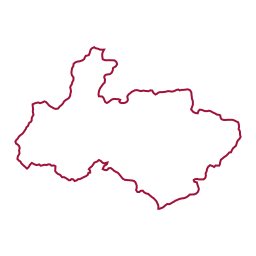 the district of Tarumirim, Minas Gerais, Brazil
{"feature_id": "56859067B24314979756664", "entity_name": "Tarumirim", "entity_type": "district", "adm_level": 2, "iso_a3": "BRA", "parent_name": "Brazil", "parent_adm1": "Minas Gerais", "projection": "mercator", "projection_center": [-41.91, -19.288], "detail": "fine", "context": "isolated", "style": "outline", "palette": "rose", "viewbox_px": 256, "rotation_deg": 0, "n_neighbors": 0, "source": "geoboundaries", "source_scale": "gbopen_adm2", "svg_char_len": 4509}
<svg xmlns="http://www.w3.org/2000/svg" viewBox="0 0 256 256"><path d="M231.0,152.3L231.8,150.4L233.0,148.3L234.6,146.9L235.9,145.8L236.6,143.7L237.1,141.8L238.0,140.3L239.5,138.8L240.6,136.9L240.0,134.4L240.0,132.5L239.7,130.8L238.6,129.1L239.1,126.8L238.8,124.5L238.2,122.3L236.2,121.4L234.5,120.5L232.4,119.8L230.0,119.8L227.5,119.8L225.6,120.0L223.4,119.9L221.5,119.2L220.6,117.6L220.2,115.3L218.5,114.7L216.9,114.6L215.0,113.4L212.7,112.4L211.1,111.4L209.0,110.7L207.4,111.1L204.8,111.1L202.6,110.2L201.2,109.8L199.7,109.7L198.5,111.0L197.7,113.3L195.4,113.0L193.2,111.9L192.1,110.6L191.1,109.4L192.0,107.1L192.9,104.6L192.9,102.9L192.7,100.6L191.9,98.6L191.8,96.9L191.5,94.8L191.3,92.3L190.0,90.2L187.8,89.3L185.6,89.6L183.4,89.9L181.6,89.9L179.7,90.4L178.3,89.5L176.3,90.0L174.2,91.1L171.9,91.6L170.0,91.3L168.1,91.1L166.1,91.6L164.7,91.9L162.5,92.1L160.1,92.1L158.4,92.6L157.1,93.6L155.5,94.5L154.1,93.5L153.0,92.2L152.3,90.6L150.4,90.3L148.6,91.2L145.9,91.0L143.1,90.6L141.0,91.1L139.5,90.8L137.1,90.1L134.9,90.3L133.1,91.2L131.6,91.9L130.4,93.1L128.7,94.3L127.3,96.3L127.6,98.3L127.9,99.8L127.2,101.5L125.4,102.7L123.7,103.0L122.1,103.1L120.3,102.7L119.3,101.6L120.2,99.8L118.3,99.2L116.1,99.1L114.3,98.9L112.3,99.3L110.4,100.6L108.7,101.9L106.9,103.0L105.2,102.0L104.3,99.8L103.7,98.3L102.4,96.6L100.5,96.4L98.9,96.3L98.5,94.5L98.8,92.3L99.2,90.4L100.2,88.1L101.8,85.9L102.9,84.3L104.7,82.5L105.0,79.5L104.2,77.2L104.7,75.6L106.3,74.6L108.2,74.4L110.0,74.1L111.7,72.7L112.7,70.6L113.0,68.1L114.3,67.2L115.9,66.3L117.1,64.2L116.4,62.0L114.6,60.4L112.5,60.3L108.4,60.2L106.7,60.3L104.6,60.1L102.7,59.2L102.3,56.5L102.2,54.7L102.4,53.1L103.2,51.3L104.1,49.6L102.2,49.7L100.0,49.6L98.3,48.8L95.5,48.2L94.2,47.2L92.1,48.2L90.6,49.7L90.2,51.3L89.6,53.3L88.7,55.2L85.7,55.9L84.8,57.5L84.2,59.1L82.7,60.2L81.2,60.8L79.6,61.3L77.4,61.6L75.4,62.3L73.6,63.8L73.3,66.2L72.1,68.1L71.6,71.0L71.4,73.2L72.0,75.3L73.5,77.4L73.4,80.1L72.3,82.2L71.7,84.5L70.7,85.9L70.2,87.4L70.7,89.4L71.0,91.6L70.4,93.6L70.2,95.6L69.1,97.8L67.4,99.1L65.6,100.1L64.0,101.5L63.0,103.4L61.7,104.9L59.9,106.3L58.0,108.6L55.8,108.9L54.1,108.5L52.6,107.6L50.9,106.7L49.1,105.5L47.4,103.5L46.0,102.0L44.3,101.4L42.2,102.5L40.0,103.2L38.4,102.5L36.5,102.8L34.4,103.5L32.6,104.3L32.8,106.9L33.1,109.2L32.8,111.1L33.0,112.9L33.5,114.8L32.4,116.5L31.7,118.4L31.7,120.4L31.0,121.7L29.3,122.8L28.6,124.3L28.0,126.0L26.4,127.3L25.8,129.0L24.7,130.6L23.7,132.2L22.3,133.9L20.5,135.1L18.9,136.6L17.6,138.8L16.2,140.1L15.4,141.7L16.1,143.6L18.0,144.8L19.1,146.1L19.7,147.9L19.1,150.4L19.5,153.4L18.7,155.0L17.9,156.2L17.4,159.0L19.0,160.7L20.4,161.5L21.3,163.3L23.2,165.2L25.0,166.7L27.0,168.6L28.2,167.6L29.1,166.3L30.2,164.5L31.8,162.9L33.2,163.7L35.0,164.6L36.8,165.1L39.1,164.4L40.7,165.7L42.6,165.3L44.7,164.7L46.6,165.1L48.1,164.4L49.9,164.4L51.6,165.7L53.9,165.4L55.5,166.3L55.3,168.7L55.2,171.1L56.4,172.6L58.0,174.0L60.1,174.8L62.1,177.2L64.3,177.2L65.8,178.1L67.3,179.0L68.8,180.2L70.3,180.2L71.4,179.1L73.1,179.3L74.6,181.0L76.7,180.4L78.0,179.2L79.9,179.1L81.5,178.3L83.4,177.3L86.1,176.1L87.8,174.8L88.4,172.8L90.2,172.6L90.0,170.4L88.8,169.2L89.9,167.8L92.0,166.2L93.5,164.0L94.2,162.7L95.7,162.1L97.4,161.4L98.9,160.0L101.0,161.1L102.4,162.6L104.2,163.4L105.9,162.9L107.5,162.5L107.0,164.0L105.8,165.1L104.4,165.7L103.6,167.0L102.7,169.1L104.3,169.8L105.9,170.2L107.5,169.7L108.5,168.3L110.7,168.0L112.7,169.5L114.2,170.9L115.9,171.8L117.9,172.8L118.9,173.9L120.1,175.4L121.7,177.4L123.0,178.9L124.8,179.8L127.6,180.1L129.9,180.3L132.1,180.5L134.0,181.0L135.4,182.2L136.0,183.7L136.7,185.6L136.7,187.8L136.1,190.1L137.4,192.0L139.4,192.0L140.7,190.8L142.8,190.7L144.2,192.4L146.3,193.5L148.3,193.9L149.7,195.3L151.7,196.9L153.7,198.3L155.1,199.8L156.6,201.5L157.3,203.3L158.1,204.9L158.4,206.8L158.3,208.8L159.8,208.7L161.4,208.0L162.9,207.5L164.3,206.3L165.6,205.1L167.3,204.0L169.5,204.2L171.1,203.3L172.7,202.3L174.1,201.6L175.3,200.7L176.9,200.1L178.6,199.3L180.7,198.6L183.8,198.2L185.6,197.6L187.0,196.9L188.3,195.9L189.9,194.5L191.7,194.5L194.1,194.4L196.1,193.6L197.7,192.2L198.6,190.2L198.8,188.6L198.1,186.5L197.4,184.5L196.9,182.4L194.3,181.7L193.7,180.1L194.9,179.2L197.1,178.9L198.6,179.4L200.9,179.4L203.5,179.4L205.2,178.1L205.9,175.8L205.6,173.5L206.6,171.4L207.0,169.1L208.1,166.9L210.1,165.2L212.1,165.9L214.2,167.0L215.5,165.5L217.3,165.6L219.2,165.6L219.9,164.0L220.2,162.2L220.9,159.7L222.5,158.5L224.3,157.0L226.4,155.6L227.8,154.2L229.3,152.4L231.0,152.3Z" fill="none" stroke="#9f1239" stroke-width="2"/></svg>